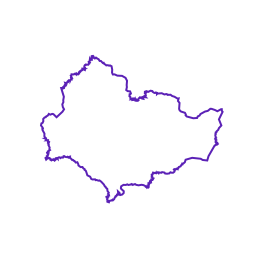 the district of Wanon Niwat, Sakon Nakhon, Thailand, rotated 137°
{"feature_id": "78962969B40575496973623", "entity_name": "Wanon Niwat", "entity_type": "district", "adm_level": 2, "iso_a3": "THA", "parent_name": "Thailand", "parent_adm1": "Sakon Nakhon", "projection": "mercator", "projection_center": [103.753, 17.629], "detail": "fine", "context": "isolated", "style": "outline", "palette": "violet", "viewbox_px": 256, "rotation_deg": 137, "n_neighbors": 0, "source": "geoboundaries", "source_scale": "gbopen_adm2", "svg_char_len": 5859}
<svg xmlns="http://www.w3.org/2000/svg" viewBox="0 0 256 256"><g transform="rotate(137 128 128)"><path d="M192.3,86.9L191.5,87.5L189.6,86.3L189.3,86.4L188.8,85.7L188.0,85.9L188.0,85.4L186.6,85.4L184.8,86.3L183.8,86.1L183.4,86.6L182.6,86.2L181.6,86.8L181.2,86.3L180.8,86.7L179.5,86.7L179.5,87.2L178.6,88.4L178.5,86.3L178.8,85.7L179.8,85.4L179.5,84.3L177.6,83.3L175.5,83.4L174.2,84.7L174.5,88.2L174.3,88.8L172.8,90.0L170.1,89.5L168.4,87.8L167.0,87.3L166.6,86.1L164.6,84.8L163.8,84.7L163.6,83.5L163.0,83.5L162.8,82.9L161.1,82.2L160.8,80.9L159.4,78.9L156.8,77.2L155.6,75.6L154.7,73.1L155.1,72.8L154.8,71.9L154.3,72.1L154.6,71.5L154.1,71.5L154.3,71.1L153.9,70.7L153.6,71.0L154.0,71.3L153.0,70.8L151.5,72.7L151.3,72.3L151.0,72.5L150.5,73.5L150.1,73.1L149.5,73.4L149.6,72.9L149.0,73.1L149.2,72.7L148.4,72.4L147.8,73.9L147.4,73.6L147.0,74.1L146.4,73.8L146.1,74.2L145.5,73.3L145.1,73.4L145.3,73.8L144.0,73.9L144.5,74.6L143.9,75.0L144.1,76.1L143.8,76.3L143.6,75.8L143.1,76.2L143.2,76.8L142.5,77.7L141.8,77.4L140.1,78.3L139.7,77.7L139.8,77.2L139.2,77.1L138.4,76.0L137.8,76.2L138.0,75.6L136.4,75.3L136.4,74.0L135.6,74.3L134.1,72.5L133.2,72.5L131.7,70.5L131.9,69.4L130.6,67.9L128.7,66.6L127.2,66.7L126.4,65.3L125.4,64.5L123.9,64.4L122.8,65.0L122.8,67.2L122.4,65.6L121.7,65.9L121.1,65.1L120.5,65.2L119.8,64.0L119.1,64.7L118.6,64.3L117.5,64.8L115.7,64.1L114.2,64.6L113.1,64.2L112.6,65.0L111.6,64.3L109.8,64.2L107.5,65.5L101.4,62.4L95.8,55.9L95.2,53.7L92.2,50.2L88.3,52.5L76.6,56.1L76.2,55.8L75.0,56.0L75.1,55.6L74.2,55.1L73.2,55.1L73.3,56.2L72.8,56.4L72.9,57.1L73.5,56.9L73.6,57.9L72.2,59.2L71.6,59.1L71.7,60.5L70.7,60.6L70.9,61.0L70.0,61.4L69.4,62.8L68.0,64.1L67.8,63.9L66.9,64.9L66.2,64.6L65.7,65.1L63.3,65.1L61.6,65.9L58.0,66.2L55.6,72.3L47.8,75.3L47.7,76.5L46.6,77.8L47.2,78.3L51.2,79.3L52.1,81.8L53.8,85.0L54.7,85.9L58.0,86.1L60.4,87.5L65.5,88.8L67.2,88.3L69.1,88.9L70.6,88.2L73.6,90.6L77.2,96.4L77.2,98.0L76.5,98.4L76.0,100.3L78.0,103.9L78.2,105.6L77.6,107.1L73.2,111.2L73.0,113.7L70.8,115.1L71.7,115.7L72.7,119.2L73.9,121.3L74.2,123.3L76.3,125.1L76.1,125.3L76.8,126.7L78.5,127.7L79.6,130.4L83.0,133.1L83.6,133.1L82.8,133.9L83.4,135.0L84.1,135.0L84.8,135.7L85.3,137.7L85.0,138.4L86.1,139.9L88.5,140.6L89.4,142.4L90.9,143.0L91.8,142.1L91.1,141.5L91.7,141.5L92.7,139.8L93.4,140.0L93.2,139.5L94.0,139.2L94.0,138.3L95.8,140.4L96.3,140.3L96.9,138.9L97.7,140.0L97.9,141.3L98.6,141.3L98.1,141.5L98.6,141.7L98.2,142.0L98.3,142.3L100.3,142.3L101.9,141.7L101.7,141.2L102.3,141.2L102.8,141.9L102.7,142.5L103.3,142.2L103.8,142.8L103.1,143.3L103.3,143.8L102.8,144.8L103.8,144.6L103.7,145.2L105.2,145.6L105.4,145.2L105.8,145.5L105.1,146.2L106.1,146.9L105.3,147.0L106.3,147.7L105.1,149.2L105.3,150.2L103.8,151.6L103.1,151.1L102.3,151.3L101.5,153.4L103.1,155.2L103.4,157.0L101.0,158.6L99.7,160.3L96.5,163.2L95.6,166.4L96.8,170.2L100.1,173.6L101.2,176.3L102.6,177.5L101.9,179.4L99.8,181.4L97.9,184.4L98.5,186.1L99.3,186.4L99.9,187.7L101.2,188.6L101.2,189.7L101.7,190.9L101.3,192.3L102.1,192.7L102.1,195.5L103.0,196.4L102.6,198.4L103.2,199.8L103.2,201.0L103.6,201.4L103.9,201.1L104.9,201.5L105.2,202.6L104.4,203.9L104.4,204.6L104.9,204.9L105.3,204.5L105.7,205.2L107.4,204.0L106.8,203.7L107.8,202.7L108.2,203.5L109.0,203.1L109.4,203.6L109.2,204.1L110.8,202.8L111.6,203.2L112.1,202.4L111.8,201.9L111.4,202.3L111.3,201.9L112.7,201.7L112.6,200.7L112.9,201.6L113.9,201.4L115.6,203.2L116.1,202.9L116.7,203.4L117.8,203.0L118.6,202.1L118.4,201.6L119.1,201.4L118.9,200.9L119.4,201.2L119.2,200.4L120.0,199.8L120.7,201.6L120.2,201.8L120.9,202.6L122.1,201.5L123.1,202.1L123.8,201.7L124.4,202.2L124.9,201.8L125.1,202.3L125.9,202.2L126.7,201.2L127.1,201.5L127.8,201.3L128.0,202.0L128.4,202.0L128.5,202.8L129.0,202.5L128.9,203.4L129.4,203.5L129.2,203.9L129.8,203.4L130.1,204.1L131.2,204.2L132.7,205.8L133.7,205.0L134.1,205.2L134.7,203.4L135.0,204.0L135.3,203.8L135.2,203.3L136.1,201.9L136.8,202.5L138.0,202.0L137.7,202.4L138.8,203.3L140.3,202.6L140.5,203.2L141.6,202.8L142.0,203.0L142.5,202.5L143.2,203.8L144.0,202.0L144.7,202.6L145.3,202.5L145.2,201.6L147.2,202.1L147.2,201.0L147.6,200.8L148.9,201.4L148.8,202.1L149.6,202.8L153.6,194.6L156.4,192.5L157.6,191.0L159.9,190.1L161.4,187.7L162.0,185.3L164.8,184.6L172.9,184.6L173.1,189.0L173.8,190.0L175.8,190.8L176.3,192.3L178.2,191.8L180.2,192.3L180.8,192.0L181.8,192.6L183.9,192.4L185.3,190.7L187.0,190.0L188.2,190.4L189.9,189.2L190.2,186.4L190.6,185.6L191.2,185.8L191.9,184.8L192.9,180.9L194.8,179.0L195.3,176.5L195.9,176.9L195.7,176.4L195.1,176.2L195.8,174.8L196.2,174.8L195.1,173.9L195.6,173.7L195.3,173.1L195.8,172.6L195.4,172.6L195.2,171.6L196.8,170.9L197.3,169.9L197.8,169.9L198.6,167.2L200.1,166.0L200.1,165.1L201.8,165.4L202.2,164.8L202.7,165.4L203.5,164.7L203.4,165.2L204.0,165.2L204.5,164.0L204.0,163.3L205.6,162.5L206.4,162.7L206.5,162.2L206.7,162.6L207.5,162.1L208.8,162.3L209.4,160.7L207.8,160.7L205.8,159.5L206.1,158.5L205.8,158.1L206.4,157.7L206.1,156.5L204.3,156.2L204.6,155.7L203.9,154.8L203.9,154.2L202.5,154.2L202.4,155.1L201.5,155.2L200.6,154.6L200.5,153.4L200.0,154.1L198.4,153.6L197.9,153.0L198.0,152.1L196.6,151.8L195.8,150.7L195.0,150.7L194.5,151.3L193.9,151.1L193.4,149.4L192.2,147.9L191.8,148.0L191.6,147.0L191.1,147.2L190.1,146.7L190.7,146.3L190.4,145.9L190.8,145.4L190.5,143.7L190.7,142.9L190.0,142.1L190.1,141.1L189.6,140.5L189.8,138.4L188.4,137.5L189.1,135.3L189.8,134.4L189.3,131.7L187.9,130.5L188.2,129.0L187.8,127.5L188.3,127.0L188.0,125.6L188.5,124.3L190.0,121.1L188.9,118.2L189.6,115.8L189.1,114.6L187.1,112.9L187.2,111.9L186.5,111.5L185.5,109.6L184.6,109.1L184.2,107.0L184.2,103.1L184.8,101.0L184.5,100.5L184.9,98.7L184.6,97.8L186.0,95.8L186.2,93.8L187.6,93.4L187.4,92.4L187.8,91.7L188.1,92.0L189.0,91.3L189.2,91.7L189.6,91.4L189.7,92.0L190.7,92.4L191.1,91.7L190.9,91.3L191.1,90.5L192.1,89.9L191.9,89.6L192.7,88.2L193.3,88.1L193.0,87.3L192.4,87.4L192.3,86.9Z" fill="none" stroke="#5b21b6" stroke-width="2"/></g></svg>